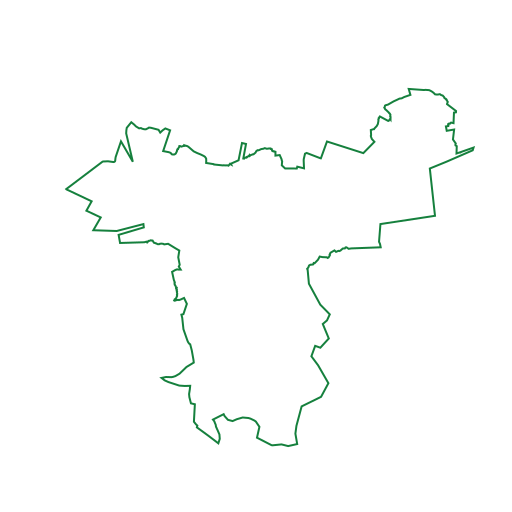 Armadillo de los Infante, San Luis Potosí, Mexico, rotated 9°
{"feature_id": "50627088B46691471724759", "entity_name": "Armadillo de los Infante", "entity_type": "district", "adm_level": 2, "iso_a3": "MEX", "parent_name": "Mexico", "parent_adm1": "San Luis Potosí", "projection": "albers", "projection_center": [-100.644, 22.261], "detail": "fine", "context": "isolated", "style": "outline", "palette": "green", "viewbox_px": 512, "rotation_deg": 9, "n_neighbors": 0, "source": "geoboundaries", "source_scale": "gbopen_adm2", "svg_char_len": 6009}
<svg xmlns="http://www.w3.org/2000/svg" viewBox="0 0 512 512"><g transform="rotate(9 256 256)"><path d="M326.1,435.3L322.7,425.3L322.5,417.4L324.6,397.4L342.3,384.9L347.4,370.3L334.4,354.2L326.4,346.4L328.5,335.5L333.9,336.5L340.8,326.1L332.6,312.7L336.2,308.5L338.0,302.1L327.1,294.0L312.6,275.1L309.0,260.9L307.9,261.2L308.5,260.8L309.5,259.1L309.7,257.9L309.9,257.1L311.1,256.1L312.5,255.8L313.7,255.4L314.1,253.9L315.0,254.0L317.8,250.0L319.0,246.6L321.9,246.7L326.2,246.2L326.4,246.4L327.1,246.7L327.5,246.3L327.8,246.2L328.1,245.7L328.9,243.5L328.5,243.1L328.7,242.4L329.1,241.1L332.6,238.2L334.4,239.4L336.6,238.0L337.5,238.1L338.6,237.4L339.3,236.5L340.6,235.0L342.6,234.6L343.1,233.5L344.0,233.3L346.4,234.4L348.9,233.6L377.8,227.9L376.6,224.7L375.3,222.7L373.9,205.0L426.5,188.3L414.0,142.4L429.5,133.0L453.5,117.7L453.9,114.9L442.0,121.3L442.0,121.6L441.9,121.7L441.0,122.0L440.8,121.9L438.0,123.4L437.1,116.1L436.3,115.7L435.8,115.6L435.7,115.5L435.5,114.4L435.7,113.6L432.3,110.1L431.9,100.1L424.8,102.5L423.3,98.3L425.5,97.6L425.4,96.6L425.5,96.6L425.3,96.0L425.2,96.0L425.2,95.5L425.7,95.1L426.3,95.1L427.1,94.8L427.1,94.4L427.8,93.7L430.3,93.9L429.1,83.4L431.0,82.8L430.9,81.5L420.9,76.1L420.9,75.8L421.3,73.8L420.0,72.3L419.2,71.6L419.4,71.4L419.0,71.1L417.5,70.6L416.9,69.6L415.3,68.3L413.7,68.1L412.3,67.4L410.6,68.0L408.7,68.3L407.5,68.3L406.1,67.2L404.3,66.2L402.5,65.5L401.0,65.1L397.4,65.4L395.9,65.8L380.7,67.1L383.3,72.7L377.5,75.8L375.2,77.5L373.1,78.1L371.1,79.5L369.3,80.7L367.8,81.7L362.7,85.8L360.5,86.8L360.2,87.0L359.9,87.3L359.8,88.2L359.9,88.6L359.8,89.0L359.6,89.2L359.5,89.4L359.9,89.8L360.7,90.9L362.0,91.6L363.2,92.5L363.4,92.6L364.8,93.6L365.3,94.2L365.9,94.4L366.1,94.8L366.3,95.0L366.6,95.3L366.7,95.5L366.7,96.2L366.6,96.8L366.8,97.3L367.2,97.6L367.2,98.0L367.5,100.1L367.2,99.8L366.9,99.8L366.8,100.0L366.0,101.6L365.8,101.8L365.4,101.9L356.5,98.8L355.7,100.4L355.6,100.6L355.9,101.0L355.5,101.9L355.5,102.3L355.8,103.2L355.7,106.6L354.9,108.8L353.1,111.4L352.8,112.2L352.5,112.2L349.7,113.6L350.8,118.7L350.6,119.4L351.0,120.4L351.5,121.2L352.0,122.2L355.1,124.7L345.9,137.6L308.2,131.8L304.8,149.4L304.4,149.4L289.9,146.3L288.4,147.3L288.0,152.9L288.2,154.5L289.7,161.9L282.8,161.3L282.6,163.2L271.1,165.0L267.3,162.4L267.0,158.3L266.6,157.8L266.1,156.4L263.6,152.6L259.5,153.8L258.9,150.0L258.2,149.9L257.8,150.0L257.4,150.0L257.3,149.8L256.5,149.9L256.2,149.6L255.7,149.7L255.4,149.4L254.9,148.0L254.3,148.0L253.8,147.6L253.6,147.8L253.4,147.6L252.1,147.7L251.3,148.0L249.9,148.4L247.8,148.1L246.5,148.9L244.4,149.6L242.5,150.9L241.4,151.4L240.9,151.3L239.8,152.5L239.4,153.9L237.6,156.0L236.8,156.1L236.3,156.5L234.7,157.3L234.5,157.7L234.2,158.1L233.8,157.6L233.6,158.4L233.0,158.4L232.4,159.1L231.9,159.3L231.7,159.8L231.3,159.8L231.3,160.2L231.1,160.4L230.7,160.4L229.5,160.7L229.0,161.7L228.2,161.7L228.6,146.9L224.5,146.6L223.8,164.2L216.7,168.8L217.2,169.6L216.6,169.4L215.9,169.0L215.4,169.9L214.7,171.1L213.7,170.9L213.0,171.1L212.4,171.1L211.7,171.3L209.5,171.5L209.2,171.7L200.1,172.2L199.8,171.9L192.2,171.9L191.9,169.4L191.5,167.5L190.1,166.0L188.8,165.4L185.6,164.4L181.7,163.5L178.1,162.4L172.3,158.8L171.2,158.3L170.2,158.1L169.4,158.1L167.8,157.8L167.9,158.5L167.1,158.7L166.0,159.2L165.4,159.6L164.6,159.6L163.9,159.3L163.1,159.4L163.0,160.6L162.3,162.0L162.3,162.4L162.0,162.4L161.7,162.8L161.7,163.5L161.4,163.9L161.5,164.9L160.7,167.4L159.9,168.2L159.2,168.6L157.4,168.8L156.9,168.7L155.5,167.5L153.6,167.1L147.9,166.9L151.5,145.3L146.5,144.2L144.1,146.5L142.1,149.1L140.0,146.6L132.1,145.8L130.2,145.9L129.6,146.5L127.4,148.1L125.8,148.3L123.6,148.1L122.6,147.7L121.8,147.8L120.6,148.2L117.2,146.8L115.0,145.2L111.9,143.4L108.3,149.6L108.3,152.2L108.6,155.2L119.6,182.2L104.7,163.9L101.9,180.2L101.9,181.7L102.0,183.4L102.0,184.2L101.8,184.7L101.3,185.2L100.6,185.5L95.0,185.6L90.1,186.6L89.6,186.9L58.1,219.6L58.5,219.9L85.1,227.7L81.4,237.8L96.6,242.2L91.3,256.0L114.5,253.1L139.8,242.1L140.7,245.3L117.0,256.6L119.7,264.4L143.5,259.9L145.5,259.0L146.4,259.7L146.6,259.5L146.8,258.8L147.2,258.5L147.3,258.1L147.4,257.9L147.7,257.8L148.4,257.7L148.6,257.5L149.3,257.2L149.7,256.9L150.5,257.1L151.4,256.9L152.2,257.8L152.5,258.2L153.2,258.9L153.7,258.9L153.9,259.0L154.5,259.0L154.9,259.2L155.2,259.1L156.4,259.5L156.6,259.6L157.0,259.7L158.5,259.5L159.1,259.0L159.6,258.9L160.3,258.6L162.2,258.5L162.9,258.6L163.5,258.9L167.3,257.7L175.5,261.1L179.4,262.6L179.4,269.4L182.0,276.6L181.4,278.5L183.7,281.2L181.1,281.6L180.3,281.5L179.5,281.8L179.1,282.2L178.7,282.3L175.6,284.8L178.6,292.5L179.0,293.2L179.5,293.9L179.5,294.2L179.9,294.8L179.7,295.1L179.8,295.8L180.1,296.2L180.2,296.6L180.1,296.9L180.2,297.1L181.1,297.9L181.5,298.8L182.0,299.3L182.0,299.9L182.1,300.0L182.1,300.5L182.6,301.0L182.7,300.9L182.7,301.6L183.1,301.7L183.1,302.7L183.3,302.8L183.3,303.1L183.6,303.4L183.5,303.8L183.5,304.1L184.1,305.5L184.0,306.1L184.2,306.6L184.0,306.8L184.2,307.4L184.3,308.0L184.1,308.2L184.0,309.1L183.9,309.4L183.8,309.8L183.3,310.8L182.6,311.4L182.7,311.8L182.4,312.0L182.1,312.7L182.4,312.9L182.9,312.8L183.1,312.1L183.5,311.8L184.0,311.9L184.2,312.1L184.7,311.8L185.1,311.8L185.8,311.5L186.8,311.6L188.5,310.7L191.5,308.7L195.2,314.1L193.4,324.8L191.5,325.6L192.8,328.6L195.8,339.7L201.5,350.3L202.5,351.8L203.8,353.1L204.8,353.5L207.3,359.2L210.5,368.4L211.2,371.0L204.7,376.5L198.9,384.2L195.1,387.3L194.0,387.8L193.6,388.1L191.5,388.9L186.0,389.6L181.8,391.2L185.2,393.1L189.2,394.2L200.5,396.0L206.1,395.5L211.3,394.5L211.5,398.1L211.5,402.8L212.3,405.9L214.8,411.7L218.8,412.0L220.6,429.4L223.0,431.6L224.6,432.7L224.4,434.5L237.3,441.1L248.1,446.9L248.8,442.3L247.8,438.0L244.7,433.1L244.4,432.8L244.0,432.0L243.2,430.9L242.6,429.0L241.4,427.1L240.7,425.8L239.1,424.3L248.8,417.3L250.0,419.0L253.9,422.2L258.7,422.7L262.6,420.2L268.1,417.6L273.9,417.2L276.0,417.5L280.0,418.7L281.7,419.5L286.1,424.2L285.4,435.3L300.9,440.4L301.9,440.4L310.7,438.1L317.5,438.7L326.1,435.3Z" fill="none" stroke="#15803d" stroke-width="2"/></g></svg>